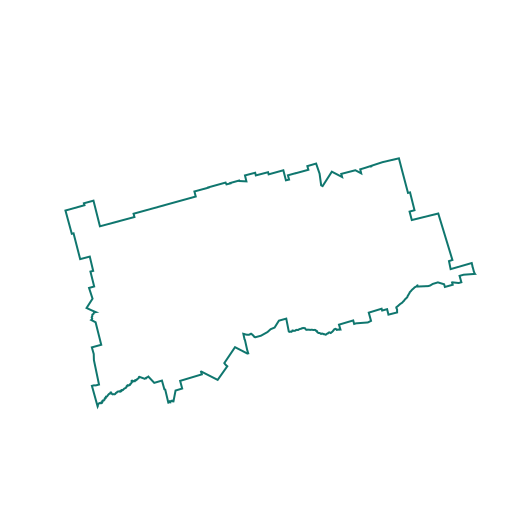 McKinlay, Queensland, Australia (Natural Earth projection), rotated 250°
{"feature_id": "25037944B31801469695154", "entity_name": "McKinlay", "entity_type": "district", "adm_level": 2, "iso_a3": "AUS", "parent_name": "Australia", "parent_adm1": "Queensland", "projection": "natural_earth1", "projection_center": [141.103, -20.594], "detail": "fine", "context": "isolated", "style": "outline", "palette": "teal", "viewbox_px": 512, "rotation_deg": 250, "n_neighbors": 0, "source": "geoboundaries", "source_scale": "gbopen_adm2", "svg_char_len": 5785}
<svg xmlns="http://www.w3.org/2000/svg" viewBox="0 0 512 512"><g transform="rotate(250 256 256)"><path d="M168.7,55.7L168.9,55.9L169.3,56.0L169.8,56.3L171.1,57.7L171.2,57.9L171.3,58.9L171.2,59.2L170.6,59.9L170.6,60.3L170.8,60.6L170.7,60.9L170.9,61.0L171.3,61.0L171.2,61.6L171.5,61.9L172.2,61.9L172.4,62.2L172.6,62.5L172.6,62.8L172.3,63.4L172.3,63.6L172.6,63.9L172.8,64.5L174.0,65.2L174.1,65.5L173.9,65.7L173.8,65.9L173.9,66.1L174.0,66.3L174.8,66.6L175.1,66.9L174.9,67.3L175.0,68.1L175.8,69.1L176.2,69.9L176.5,70.3L176.7,71.1L176.6,71.8L176.7,72.0L177.0,72.1L177.5,72.6L177.5,72.8L177.4,73.1L175.8,73.4L175.2,73.8L175.0,74.0L174.9,74.9L174.4,75.8L174.4,76.2L174.6,76.7L175.2,77.4L175.3,77.8L175.2,78.2L175.4,78.7L175.8,79.2L175.9,79.4L175.7,80.7L175.3,81.2L175.5,81.8L175.2,81.9L174.9,82.2L174.9,82.3L175.0,82.8L175.3,82.9L175.3,83.4L175.3,83.6L175.5,83.7L175.8,83.4L176.0,83.6L176.0,83.9L175.9,84.3L175.7,84.6L175.6,85.2L176.0,85.9L176.4,86.8L176.6,88.2L176.6,88.6L176.9,89.0L177.2,89.5L177.5,89.6L177.7,90.1L178.0,90.1L178.1,90.3L178.0,90.7L178.5,91.1L178.5,91.3L178.4,91.5L178.2,91.3L177.9,91.6L177.9,91.8L177.9,93.3L178.1,93.6L178.4,93.9L178.6,93.9L178.7,94.2L178.7,94.4L179.0,95.2L179.5,95.6L179.9,95.8L180.0,96.8L180.3,96.9L180.4,96.5L180.7,96.4L181.2,96.4L181.3,96.6L181.2,97.1L180.4,97.8L180.1,98.3L180.2,98.7L180.4,99.2L180.3,99.3L179.9,99.2L179.8,99.3L180.0,99.6L180.4,99.6L180.6,99.9L180.6,100.4L180.3,100.3L180.2,100.4L180.2,100.8L180.5,101.7L181.1,102.6L181.1,103.1L181.3,103.8L181.6,104.2L182.1,104.4L182.3,104.6L182.4,104.9L182.4,105.0L178.7,109.4L178.8,109.7L178.8,110.0L179.1,110.9L179.1,111.0L178.8,111.1L179.2,111.9L179.2,112.2L179.3,112.5L179.2,113.1L179.4,113.4L179.5,113.6L171.6,117.0L171.1,125.0L162.1,124.3L161.5,125.0L148.7,123.5L148.8,123.8L149.1,124.3L149.1,124.6L148.8,124.7L148.7,124.5L148.7,124.2L148.4,124.2L148.6,124.6L148.2,124.6L148.0,125.0L148.3,125.0L148.4,125.3L148.3,125.5L148.2,125.6L148.3,125.8L148.6,125.7L148.8,125.8L148.5,126.3L148.7,126.7L148.5,127.0L148.8,127.2L148.8,127.3L148.8,127.6L148.6,127.7L148.3,127.4L148.2,127.4L148.1,127.7L148.4,127.9L148.4,128.2L148.1,128.3L147.9,128.1L147.6,128.7L157.1,134.4L156.7,141.1L156.7,141.3L164.6,142.0L163.3,164.6L166.1,164.8L166.1,165.1L152.7,177.6L162.2,191.3L163.6,190.5L165.1,189.9L166.2,189.6L177.5,205.1L167.3,214.5L167.2,215.4L171.0,215.6L180.9,216.9L181.5,216.7L187.2,217.5L186.6,218.4L186.4,218.6L185.4,220.0L184.6,221.8L184.3,223.2L184.4,223.4L184.6,223.7L184.6,224.1L184.7,224.6L184.6,224.9L184.1,225.1L183.7,225.5L182.6,225.9L182.4,226.2L180.7,226.7L180.6,227.0L180.4,227.1L180.2,227.1L180.0,227.4L179.9,227.5L179.4,233.4L180.6,240.8L182.2,244.7L182.4,249.0L187.4,255.4L186.8,263.0L173.9,261.0L173.3,261.4L173.2,261.7L173.1,262.8L172.7,263.2L172.7,263.6L172.9,263.9L173.2,264.7L173.5,264.8L173.5,265.0L173.4,265.2L173.0,265.3L172.7,265.9L172.4,267.3L172.5,267.8L172.7,268.2L172.8,268.4L172.7,268.9L172.1,270.1L172.1,270.5L172.3,270.8L172.3,271.3L172.4,271.8L172.4,272.5L172.2,273.4L172.4,274.4L172.2,274.8L172.3,275.4L172.0,276.0L172.0,276.4L171.7,276.6L171.4,277.3L171.2,277.4L170.9,277.5L170.2,277.6L169.7,277.8L169.2,278.5L169.1,279.5L168.3,281.2L168.0,281.7L167.7,283.1L166.7,284.9L166.5,285.9L166.2,286.4L165.9,286.7L165.4,286.7L165.0,286.9L164.6,287.6L164.1,287.7L163.6,287.5L163.3,287.6L162.3,288.4L161.9,289.4L161.5,289.8L160.7,290.3L160.5,290.5L160.5,290.8L160.6,291.2L160.6,291.5L160.0,292.3L159.5,292.6L159.4,292.8L159.5,293.0L159.0,293.7L158.3,294.3L158.2,294.9L158.3,295.2L158.6,295.7L158.7,296.3L158.6,296.8L158.8,297.0L158.8,297.5L159.1,297.9L159.2,298.2L159.1,298.9L158.1,299.7L158.1,300.1L158.4,300.5L158.7,301.8L159.1,302.4L159.2,302.8L159.4,303.1L159.8,303.5L159.9,303.9L160.4,304.6L160.3,305.4L160.4,305.7L160.3,305.9L159.7,306.4L159.5,306.5L159.1,306.5L158.9,306.6L158.8,307.4L158.9,307.7L158.7,308.5L158.3,308.8L158.3,309.0L158.2,309.6L158.0,310.2L163.1,310.5L162.2,325.3L158.6,325.0L158.5,327.0L155.3,338.4L155.7,341.9L164.2,342.6L163.5,356.0L161.6,355.9L161.2,361.0L155.6,360.4L154.7,369.3L157.6,370.3L158.8,370.1L159.0,370.2L159.5,370.2L159.8,370.3L160.5,372.4L161.1,373.8L161.3,374.5L161.5,374.8L162.2,377.6L162.9,378.7L163.2,379.6L164.2,381.0L165.5,384.0L166.8,385.1L167.0,385.6L167.4,385.9L168.6,387.5L169.3,388.0L170.1,389.7L170.6,390.5L171.1,391.5L171.7,393.2L172.3,394.3L172.4,395.6L172.7,396.7L173.1,397.3L173.1,397.6L172.0,397.5L168.8,407.6L168.7,409.6L169.3,412.5L169.0,417.9L165.1,423.1L162.3,422.9L161.7,431.0L164.1,431.2L164.1,431.5L161.3,437.2L161.1,440.0L167.7,440.5L167.4,444.7L164.3,455.6L164.6,455.5L167.4,455.4L167.8,455.5L171.0,455.8L171.8,455.7L172.1,455.9L175.6,456.3L177.1,434.4L185.2,435.6L185.1,439.2L233.6,441.8L236.5,414.7L245.2,415.5L244.8,420.6L263.1,422.5L263.3,420.4L286.3,422.5L298.9,423.7L300.9,407.1L301.3,395.5L300.8,395.2L300.8,394.7L301.3,394.7L301.5,389.0L301.8,383.6L297.7,383.1L302.6,378.7L304.0,364.2L300.8,363.9L309.3,356.1L298.9,342.5L300.1,341.4L311.6,343.9L322.3,344.1L322.9,335.0L319.1,334.7L320.2,321.3L320.3,321.3L320.9,313.6L316.5,313.2L316.9,310.0L327.2,311.0L328.4,295.8L330.6,296.0L331.8,283.4L334.5,283.7L335.5,273.2L329.4,272.5L332.1,266.1L332.3,265.7L332.7,265.8L333.4,256.8L333.0,256.8L333.4,252.8L333.7,252.8L334.9,252.5L335.4,252.5L336.8,234.7L336.5,234.7L337.7,220.2L332.5,219.7L337.6,155.4L334.2,155.1L337.3,119.5L363.6,122.2L364.4,112.3L362.4,112.2L363.9,92.5L339.9,90.5L339.7,92.3L313.2,89.7L312.3,99.6L297.7,97.9L298.0,95.1L282.7,93.5L283.1,88.2L271.8,87.8L265.1,79.0L261.3,82.8L258.1,86.2L258.2,85.7L258.2,84.6L257.9,84.1L257.2,83.5L256.9,82.2L256.3,81.9L255.3,81.5L254.9,80.9L254.5,80.6L253.9,80.6L253.3,80.7L252.4,80.0L252.2,79.3L248.6,82.6L225.5,80.2L226.3,70.5L219.4,70.0L213.7,68.1L188.9,64.5L189.2,61.2L189.9,59.4L190.1,57.4L168.7,55.7Z" fill="none" stroke="#0f766e" stroke-width="2"/></g></svg>